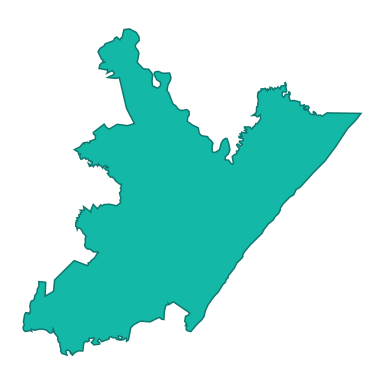 iLembe, KwaZulu-Natal, South Africa
{"feature_id": "47623444B69150070479938", "entity_name": "iLembe", "entity_type": "district", "adm_level": 2, "iso_a3": "ZAF", "parent_name": "South Africa", "parent_adm1": "KwaZulu-Natal", "projection": "natural_earth1", "projection_center": [31.231, -29.241], "detail": "fine", "context": "isolated", "style": "filled", "palette": "teal", "viewbox_px": 384, "rotation_deg": 0, "n_neighbors": 0, "source": "geoboundaries", "source_scale": "gbopen_adm2", "svg_char_len": 5874}
<svg xmlns="http://www.w3.org/2000/svg" viewBox="0 0 384 384"><path d="M190.8,331.6L197.6,323.6L201.4,320.2L203.9,316.7L205.4,310.6L208.1,304.7L213.5,297.1L218.2,292.1L223.0,284.4L225.4,282.3L226.2,279.5L228.2,277.5L227.9,276.9L228.6,275.4L234.3,268.2L236.7,263.2L242.3,257.7L242.9,256.4L242.7,255.0L244.4,251.8L250.5,244.6L262.3,233.0L263.6,230.0L268.4,223.8L273.0,220.2L275.4,216.3L278.3,213.8L280.3,210.1L280.2,208.3L283.3,203.7L289.8,197.1L293.7,194.8L296.2,189.5L300.0,187.4L313.8,172.2L324.8,161.2L335.9,146.3L347.8,128.3L355.0,121.1L361.0,113.4L327.0,112.9L322.0,116.3L320.6,115.1L317.1,115.4L315.1,112.4L313.4,111.6L313.2,112.5L314.7,113.9L314.5,114.6L310.3,114.2L309.2,111.9L307.7,110.7L309.0,107.5L308.5,106.3L306.2,105.8L305.0,106.5L304.8,107.9L306.6,109.7L304.5,110.1L303.5,108.6L304.2,104.9L300.3,105.7L299.9,102.0L294.2,100.5L290.3,100.8L289.0,96.9L290.2,93.7L289.6,92.1L288.8,92.0L288.7,94.2L285.4,94.4L284.0,97.4L282.5,96.2L281.9,94.3L282.7,92.0L286.2,92.0L286.7,90.9L285.8,86.8L286.3,85.0L285.4,82.6L284.7,83.0L285.3,84.8L284.9,85.6L281.1,86.0L280.0,88.9L278.1,86.9L276.3,88.7L274.8,87.9L273.5,90.0L272.1,87.9L270.1,87.2L270.2,89.5L269.0,89.0L267.4,91.0L267.1,89.1L266.1,89.9L265.1,88.3L263.1,89.3L262.7,88.7L261.0,89.0L261.1,91.1L258.9,91.5L258.7,92.9L257.9,92.8L257.5,96.6L258.4,100.7L257.7,104.1L258.0,105.4L257.6,106.4L256.8,106.6L256.5,108.4L256.4,111.7L255.5,113.5L252.5,115.5L255.6,115.3L256.7,116.7L257.9,116.8L260.2,114.8L260.7,118.8L257.2,123.8L255.8,123.6L254.9,125.8L253.1,127.0L251.9,129.1L249.9,127.0L244.5,126.9L244.4,127.9L246.9,129.7L244.6,130.4L246.7,132.4L246.5,133.1L241.7,132.2L241.8,133.5L240.1,133.7L240.4,134.8L242.3,136.2L241.4,136.8L239.0,136.3L238.9,137.6L242.8,138.7L243.6,139.5L242.3,141.2L239.6,141.0L239.3,141.9L240.3,143.2L242.2,143.9L242.3,144.7L240.4,145.9L237.9,144.0L236.8,144.5L236.8,145.4L239.4,148.7L238.4,150.5L236.5,151.1L236.8,153.6L234.1,154.8L232.2,156.6L233.4,162.9L233.1,163.9L232.1,164.0L230.7,163.2L228.7,160.2L225.6,159.9L225.1,159.1L225.2,157.0L228.4,153.8L229.9,150.2L228.9,144.2L227.0,138.6L225.7,138.3L223.3,139.8L221.3,142.9L219.6,149.7L215.7,152.2L212.8,152.4L212.2,151.1L212.1,146.0L213.0,143.4L211.3,140.8L209.0,139.0L207.5,136.6L202.1,135.8L200.4,134.7L199.1,132.9L198.3,127.9L192.7,125.2L187.3,121.4L187.7,116.9L189.2,115.3L189.1,111.5L186.8,109.6L182.4,110.5L179.7,110.0L177.7,108.6L175.8,105.8L172.9,103.9L168.9,93.3L167.0,90.4L167.9,85.1L170.3,80.5L171.0,77.8L169.6,73.0L162.8,73.3L158.3,71.4L155.2,71.9L154.0,73.4L154.3,74.9L156.9,79.9L160.0,81.8L160.6,83.5L160.4,85.9L157.7,88.2L152.6,85.9L152.0,81.6L152.6,75.3L151.6,72.8L148.7,69.3L143.3,68.8L137.2,62.4L138.9,53.7L138.3,51.3L135.4,47.1L135.4,45.7L135.9,44.1L139.2,40.5L138.9,36.7L136.2,32.4L129.4,28.9L124.0,29.6L122.0,37.8L121.0,38.0L120.0,39.9L116.7,37.0L114.7,38.2L113.6,40.7L105.2,43.8L103.8,46.1L100.0,48.4L98.0,51.7L101.4,59.0L102.8,59.7L102.5,60.9L104.6,62.2L101.7,63.0L99.9,64.8L99.0,68.5L106.7,69.9L107.3,69.4L107.7,72.1L107.1,73.1L112.3,70.6L114.5,73.2L113.1,74.9L107.8,77.5L115.1,78.4L119.3,77.6L126.6,108.6L134.4,123.5L127.6,125.7L117.2,124.3L109.2,129.1L106.3,127.4L104.2,124.1L93.3,132.4L93.6,134.1L95.5,135.6L95.3,139.2L89.6,141.4L90.0,142.3L88.9,143.3L87.3,142.2L84.6,142.7L84.3,143.6L83.3,142.9L79.9,146.9L74.4,149.7L78.3,152.1L78.7,154.5L80.4,154.1L79.6,156.5L81.0,159.3L82.7,158.8L83.0,158.0L84.9,157.8L85.9,159.2L87.8,158.6L88.8,160.8L90.7,160.7L90.6,161.8L92.3,161.9L92.3,163.1L90.4,164.9L88.4,163.5L89.6,166.4L92.4,165.5L93.5,166.7L94.3,165.0L96.6,164.5L97.5,166.0L98.6,164.0L99.0,165.2L101.1,166.0L102.8,168.2L103.5,166.6L105.0,165.5L106.1,166.7L106.7,166.4L106.6,167.0L108.3,167.4L107.9,168.0L105.9,167.3L104.7,168.1L105.5,169.6L108.9,171.2L108.6,172.8L107.4,173.3L108.3,174.6L110.6,177.2L112.0,176.8L114.5,178.9L115.4,180.7L119.4,184.0L121.4,184.3L120.9,184.9L121.3,186.8L120.4,188.4L121.2,189.0L120.8,191.6L119.5,192.8L120.9,198.7L120.0,200.2L120.6,202.6L116.7,205.8L109.2,204.2L104.0,204.6L102.3,205.8L100.7,204.9L97.5,208.8L93.2,204.4L90.7,210.7L90.8,212.0L83.6,206.6L84.3,210.2L80.4,210.2L81.8,211.3L81.7,212.4L80.3,212.5L80.5,214.5L78.8,214.9L79.3,217.2L76.7,217.9L77.7,219.7L76.2,220.8L77.2,221.8L75.8,222.6L75.7,226.2L76.6,226.8L77.2,229.5L77.8,227.8L80.0,228.4L81.9,230.4L83.1,233.1L86.2,236.2L85.2,238.1L85.4,242.4L84.7,244.3L84.7,245.8L85.9,247.8L87.7,249.1L89.9,249.1L93.4,251.9L97.5,251.9L98.3,252.6L97.3,253.3L94.8,257.7L90.7,261.1L90.5,262.3L88.2,262.8L88.3,264.5L87.5,265.7L74.2,260.6L54.6,280.0L53.5,291.3L45.1,296.2L45.7,282.3L38.8,281.6L39.0,286.1L37.4,289.0L36.9,293.0L35.0,295.2L34.1,299.4L33.0,300.6L31.7,300.8L30.6,302.3L29.9,305.9L30.5,311.0L29.7,312.2L30.0,313.0L28.6,314.0L28.3,313.0L25.6,312.7L24.5,315.3L23.4,322.0L24.4,325.2L23.4,326.2L23.0,327.9L23.8,330.2L25.3,331.5L30.6,330.5L31.6,331.2L31.1,329.3L34.9,330.2L39.9,329.0L43.3,329.3L46.2,330.0L49.8,333.0L51.5,332.9L52.9,331.9L53.0,328.8L54.1,330.6L54.2,332.7L57.8,337.1L57.8,340.0L58.7,342.2L59.8,342.7L60.0,346.4L61.0,349.4L60.6,351.1L61.9,353.4L67.0,355.1L65.7,351.1L67.8,350.0L69.5,350.9L70.6,353.2L71.6,354.3L71.6,353.3L72.8,354.9L74.3,352.9L78.6,350.8L82.8,351.0L83.8,343.2L85.5,341.3L87.3,341.8L89.5,340.7L88.6,339.1L89.0,338.4L94.2,338.0L94.2,339.1L91.4,342.5L94.0,344.9L99.6,344.1L99.8,342.5L97.4,341.1L99.2,338.7L101.8,341.6L109.1,339.0L109.2,337.6L110.7,336.6L112.9,337.8L115.6,337.7L116.6,339.4L120.5,340.1L120.3,339.1L118.5,338.0L118.0,336.6L118.3,335.9L119.6,336.0L122.2,337.0L121.6,338.6L121.9,339.8L123.7,339.7L125.0,338.1L126.4,338.4L126.5,341.3L128.4,339.9L130.8,327.8L133.5,324.9L140.4,321.1L150.0,321.9L159.1,317.4L162.0,319.3L163.9,319.5L164.3,311.8L165.9,305.2L168.6,304.6L168.3,303.3L169.4,304.4L173.4,301.8L189.9,313.1L187.8,315.4L185.6,316.2L184.7,321.3L186.6,323.4L185.5,325.4L186.7,325.2L186.8,325.8L186.1,327.6L186.3,329.6L187.1,330.6L190.8,331.6Z" fill="#14b8a6" stroke="#0f766e" stroke-width="1.5"/></svg>